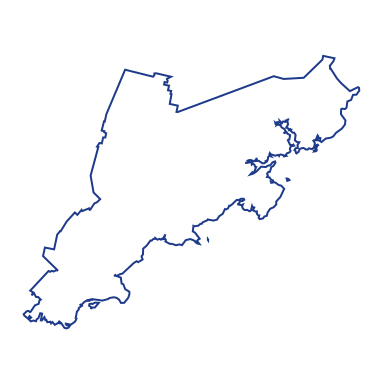 West Tamar, Tasmania, Australia (Equal Earth projection), rotated 93°
{"feature_id": "25037944B75055977098300", "entity_name": "West Tamar", "entity_type": "district", "adm_level": 2, "iso_a3": "AUS", "parent_name": "Australia", "parent_adm1": "Tasmania", "projection": "equal_earth", "projection_center": [146.895, -41.264], "detail": "fine", "context": "isolated", "style": "outline", "palette": "blue", "viewbox_px": 384, "rotation_deg": 93, "n_neighbors": 0, "source": "geoboundaries", "source_scale": "gbopen_adm2", "svg_char_len": 5988}
<svg xmlns="http://www.w3.org/2000/svg" viewBox="0 0 384 384"><g transform="rotate(93 192 192)"><path d="M78.9,236.8L73.4,265.2L118.8,281.6L126.2,282.8L126.1,283.6L135.4,285.4L135.8,282.7L136.9,282.8L137.8,280.8L142.1,281.4L142.2,283.6L148.2,284.6L147.9,287.0L151.7,289.2L151.9,287.9L180.9,294.1L197.6,290.3L203.9,283.3L207.1,286.2L208.6,289.0L214.9,292.6L215.2,293.3L213.7,293.9L216.8,300.6L215.6,301.3L220.8,305.3L218.6,307.9L228.0,315.6L238.1,321.1L238.0,321.7L241.7,324.4L256.5,326.7L255.2,336.0L263.8,337.4L277.6,321.7L277.1,323.3L278.6,326.0L278.1,327.8L279.1,329.6L278.4,331.1L299.0,348.4L300.5,345.5L303.6,346.7L301.2,344.6L305.1,342.2L304.9,340.2L307.4,337.4L308.1,338.6L311.7,339.3L313.5,343.0L319.9,346.8L320.4,347.5L319.3,349.1L319.7,350.7L322.8,353.7L324.2,353.0L327.0,349.2L324.4,347.7L325.8,346.1L327.7,348.3L329.6,346.3L328.7,343.8L329.2,341.0L327.3,340.5L326.1,338.8L321.0,337.2L321.3,335.3L328.1,336.2L328.2,335.3L324.7,332.8L327.6,331.8L327.3,330.8L329.6,329.7L329.0,326.7L330.6,325.9L329.2,324.5L331.8,322.0L329.8,318.9L330.1,316.7L327.7,318.6L329.6,315.9L334.3,312.3L334.8,310.2L333.9,308.2L331.6,306.7L331.9,308.5L331.6,310.3L331.4,311.2L331.8,308.3L331.2,309.2L330.8,308.7L330.4,310.5L329.9,312.1L330.8,306.1L327.6,302.0L324.5,300.7L323.9,301.6L317.4,300.6L315.1,298.9L313.8,299.0L312.1,296.9L309.5,297.9L311.3,297.0L311.2,295.9L310.4,296.3L307.7,294.1L305.6,291.1L304.8,288.3L304.2,288.2L304.7,288.1L304.2,286.0L305.1,275.7L303.3,270.2L302.2,268.9L301.2,264.5L301.6,261.9L303.3,259.2L306.5,257.1L306.2,253.9L300.9,250.1L297.0,249.1L294.8,249.4L292.6,253.6L287.8,255.7L287.1,257.5L281.2,258.6L280.3,261.4L279.4,262.0L280.0,263.0L279.7,263.9L279.1,264.2L279.7,264.9L279.7,265.5L279.0,264.2L279.9,262.9L278.0,260.0L277.2,257.3L266.1,246.6L264.0,243.7L264.9,242.1L262.0,237.8L258.8,239.0L256.9,237.7L251.1,237.8L248.0,234.5L242.6,230.9L242.7,229.8L240.9,228.1L240.7,226.3L239.9,226.3L241.4,224.0L240.5,221.9L241.2,220.6L240.3,219.7L240.6,218.9L235.7,216.3L240.5,217.8L240.2,216.4L241.4,215.5L242.8,216.0L245.0,211.3L244.8,209.5L246.0,205.2L245.0,201.8L245.6,199.2L240.4,195.7L239.1,191.3L240.1,187.9L243.0,184.5L243.5,181.9L241.1,184.0L241.5,184.7L241.0,185.1L241.0,184.1L239.5,183.7L238.3,181.9L232.4,186.9L231.3,189.1L225.7,188.8L226.1,187.9L225.3,183.9L223.4,182.0L223.2,180.5L221.8,179.9L219.3,175.0L218.6,174.9L219.4,169.1L218.3,165.6L214.7,163.5L212.2,160.2L207.3,158.2L207.6,157.1L206.5,155.2L203.7,154.1L203.9,153.3L202.0,151.1L197.6,147.0L197.6,145.2L196.1,142.4L196.1,139.9L197.0,139.4L198.3,141.0L198.8,143.9L201.2,144.2L201.3,145.2L202.0,145.3L202.5,142.1L201.8,140.5L203.8,141.2L205.9,140.3L207.2,138.6L207.0,135.8L208.2,133.6L207.5,132.2L202.9,131.3L203.6,131.0L204.2,129.0L207.0,130.2L208.3,127.4L208.0,126.2L210.3,126.1L211.9,124.6L211.9,123.6L214.3,124.1L215.5,123.0L214.6,119.6L212.7,118.5L211.9,116.1L208.3,115.3L204.7,113.1L202.9,109.6L200.1,107.2L197.1,107.4L192.3,103.5L184.0,100.1L181.0,103.2L180.4,106.0L178.4,108.9L177.9,110.3L178.7,113.4L177.9,113.7L178.4,112.4L177.4,111.5L176.2,111.7L175.7,113.6L173.4,115.3L173.1,117.9L171.5,117.1L169.8,118.0L167.9,116.7L167.8,115.3L163.0,114.1L161.7,112.1L158.4,110.2L157.1,110.7L158.1,113.0L161.2,115.3L161.7,117.5L163.2,119.6L163.1,124.3L168.2,128.8L170.3,131.5L171.5,134.7L169.1,132.8L169.8,132.0L168.5,130.9L163.8,129.3L163.9,130.0L161.5,131.1L159.9,133.7L160.6,133.3L161.1,133.4L161.4,133.7L158.9,134.2L160.1,138.8L160.1,140.4L159.5,138.1L158.3,137.1L157.7,137.9L157.1,136.6L157.0,134.4L158.2,132.4L156.3,129.4L154.5,129.6L156.9,128.6L157.7,129.2L157.4,127.0L159.6,123.2L159.5,121.4L157.8,119.0L157.2,119.9L156.0,118.1L152.8,117.7L151.9,116.6L152.3,115.0L150.6,116.7L149.1,116.3L150.1,115.5L151.4,111.0L150.5,108.0L151.4,107.0L150.4,106.8L149.9,105.3L150.7,101.7L151.5,101.9L151.0,99.6L150.3,100.3L148.5,99.3L147.2,96.5L145.7,95.7L143.8,96.6L141.1,95.6L140.4,92.5L139.4,93.3L140.0,93.9L139.8,96.5L135.2,99.0L134.3,97.8L135.2,97.6L130.1,97.0L128.7,99.9L127.4,100.6L128.6,103.6L126.7,101.5L124.4,103.0L122.7,106.0L120.2,107.2L120.7,108.3L119.8,109.4L120.8,110.9L119.7,110.5L119.8,112.0L118.3,112.5L118.8,111.8L117.7,110.6L118.1,107.8L116.3,108.2L118.6,105.8L116.9,104.9L116.9,102.7L117.8,102.2L114.9,102.3L115.8,101.9L115.8,100.6L114.9,100.4L114.1,99.7L113.6,99.8L114.1,99.6L116.1,100.5L119.5,99.6L122.8,101.3L123.3,99.5L124.4,98.8L124.1,97.6L125.1,97.9L124.8,96.2L125.8,96.6L127.4,94.7L127.4,93.1L129.7,91.5L135.0,92.0L136.6,89.7L136.7,87.5L139.5,89.1L142.5,88.6L142.9,90.8L144.8,91.9L145.7,90.7L147.4,90.3L147.4,89.6L148.5,90.3L146.4,87.7L143.4,86.7L142.5,84.6L142.2,82.8L143.6,80.4L143.6,78.9L142.3,77.5L142.9,74.4L141.3,72.8L142.3,72.0L141.5,72.4L140.2,70.2L144.2,71.2L144.6,71.8L144.0,73.0L145.1,72.2L145.0,71.0L144.4,69.9L144.2,69.7L143.9,69.7L144.7,71.5L142.9,70.3L139.6,69.6L138.7,68.5L138.1,69.1L139.9,72.3L136.7,71.8L134.4,73.5L133.8,72.8L133.8,68.8L132.8,69.1L132.2,70.7L128.9,69.5L129.7,68.8L131.2,69.3L131.4,66.6L134.4,66.9L135.3,65.3L131.6,61.2L130.5,56.2L128.9,53.7L125.3,51.2L120.9,45.7L116.7,42.8L112.5,42.5L106.5,47.3L101.5,47.4L100.9,46.5L101.2,43.7L99.7,42.1L93.5,41.6L91.7,37.9L86.6,36.3L86.2,32.9L82.1,30.3L79.3,30.6L78.6,31.7L83.0,39.6L75.4,48.9L71.0,53.2L61.5,60.0L61.9,60.1L61.9,60.4L61.2,60.7L60.5,60.7L61.8,60.2L58.8,61.0L54.1,57.7L51.0,56.7L49.2,68.1L53.0,68.7L72.1,86.4L74.3,106.4L72.1,116.4L112.9,210.5L112.8,211.7L106.5,210.7L105.2,218.8L95.4,217.6L95.2,218.6L92.2,218.1L91.7,221.3L87.0,220.5L86.2,225.5L83.6,225.1L84.0,222.6L82.4,222.1L80.3,223.0L78.0,219.0L75.3,234.0L75.6,235.8L77.0,235.6L78.9,236.8ZM307.6,279.3L307.5,282.9L309.0,285.5L309.4,285.0L308.7,286.6L309.3,288.6L311.0,288.8L312.7,285.9L312.4,282.9L307.6,279.3ZM175.0,95.3L174.5,95.6L173.6,97.2L173.6,98.2L175.9,97.4L175.0,95.3ZM305.6,288.3L305.7,290.4L306.2,290.4L306.1,288.9L305.6,288.3ZM304.6,285.6L304.9,287.6L304.9,285.0L304.6,285.6ZM312.9,287.5L313.4,286.6L313.3,285.3L312.9,287.5ZM238.2,173.7L239.0,173.7L239.4,173.4L238.6,173.4L238.2,173.7Z" fill="none" stroke="#1e3a8a" stroke-width="2"/></g></svg>